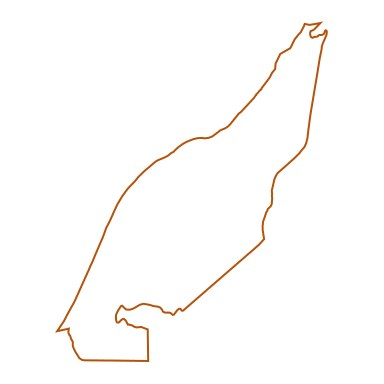 Lukolela, Équateur, Democratic Republic of the Congo (Robinson projection)
{"feature_id": "63176286B14204108243102", "entity_name": "Lukolela", "entity_type": "district", "adm_level": 2, "iso_a3": "COD", "parent_name": "Democratic Republic of the Congo", "parent_adm1": "Équateur", "projection": "robinson", "projection_center": [17.176, -1.278], "detail": "fine", "context": "isolated", "style": "outline", "palette": "amber", "viewbox_px": 384, "rotation_deg": 0, "n_neighbors": 0, "source": "geoboundaries", "source_scale": "gbopen_adm2", "svg_char_len": 3448}
<svg xmlns="http://www.w3.org/2000/svg" viewBox="0 0 384 384"><path d="M320.4,23.0L318.3,23.4L312.1,24.5L309.5,24.9L304.7,23.9L304.0,26.0L300.7,32.3L298.5,34.6L294.7,39.3L291.2,46.5L290.2,48.2L280.3,53.9L275.6,63.6L275.2,68.3L275.1,69.0L274.1,70.4L273.7,70.8L271.8,73.2L271.7,73.5L269.8,77.4L269.1,78.3L261.5,88.4L261.3,89.3L260.1,90.2L257.4,93.3L256.3,94.4L256.1,95.1L255.7,95.4L253.9,98.0L248.1,104.3L240.7,112.2L239.0,113.4L238.8,113.6L236.9,115.9L236.8,116.1L235.1,118.2L229.9,124.6L227.7,126.7L225.2,128.3L222.3,129.5L221.2,129.9L220.4,130.2L218.8,131.6L212.2,136.5L208.5,137.9L204.1,138.4L202.7,137.9L197.3,138.2L194.6,138.9L193.4,139.1L186.4,141.9L182.4,144.2L177.7,147.7L174.6,150.7L174.1,151.2L173.9,151.5L173.4,151.9L172.9,152.2L172.5,152.4L171.9,152.6L171.4,152.9L171.1,153.1L169.8,154.2L168.5,155.3L168.0,155.7L164.3,157.6L157.5,160.4L156.0,161.4L154.8,162.2L154.1,162.8L149.4,166.9L149.2,167.1L147.2,168.7L145.1,170.4L144.8,170.7L138.3,177.0L136.1,179.8L135.2,180.9L134.7,181.5L130.0,186.3L127.8,188.6L125.1,192.3L124.8,192.7L123.4,194.7L122.8,195.5L122.2,196.3L121.6,197.3L117.4,204.3L114.8,209.9L113.3,213.1L112.8,214.4L110.2,220.2L106.9,226.7L106.3,227.7L106.1,228.1L105.1,231.1L103.2,236.3L103.0,236.8L102.6,237.8L100.6,242.4L98.5,247.3L95.7,253.9L91.9,263.0L90.8,265.1L89.2,268.8L88.6,270.4L86.9,273.9L86.8,274.3L80.1,289.1L79.5,290.5L74.7,301.1L74.2,302.1L67.5,314.2L67.1,314.9L65.6,317.9L64.6,319.8L64.2,320.7L57.2,331.2L66.8,329.1L68.8,328.6L68.4,331.3L68.5,333.1L69.3,334.9L69.9,335.3L70.0,335.6L70.4,336.3L70.8,338.4L71.7,339.9L72.8,341.9L72.8,345.9L73.6,348.2L73.9,348.8L75.5,352.0L79.4,358.2L80.4,358.8L81.4,359.5L81.9,359.9L82.5,360.0L83.0,360.1L84.1,360.3L84.6,360.3L104.6,360.5L109.1,360.5L148.2,361.0L147.7,329.4L144.1,328.1L141.4,327.0L141.2,327.0L136.4,327.4L135.2,327.1L134.6,326.9L132.1,325.4L129.5,324.7L129.2,324.6L128.9,324.5L128.4,324.6L128.0,324.7L127.0,323.0L126.1,321.1L125.1,319.9L124.0,319.0L123.0,318.9L121.4,319.9L120.2,321.1L119.3,322.2L118.1,322.6L117.0,322.4L116.3,321.0L116.0,318.9L115.9,316.8L116.2,314.5L116.9,312.8L117.3,312.0L118.5,309.8L119.5,308.4L120.6,306.6L121.3,305.9L122.2,305.7L123.2,306.8L125.8,309.3L127.8,309.7L130.3,309.6L133.2,308.6L135.6,307.3L135.7,307.2L137.6,306.1L139.9,304.8L143.3,303.8L147.3,304.4L150.8,305.2L153.5,306.1L156.1,306.4L158.3,306.8L160.1,307.5L162.0,309.6L163.0,311.7L165.0,312.6L167.3,312.6L169.6,312.6L170.8,313.2L172.7,314.9L174.0,314.6L175.5,312.5L177.6,309.8L179.0,308.8L180.4,308.8L181.8,310.7L183.0,310.7L198.4,297.3L258.8,244.9L264.1,239.1L262.7,230.1L262.6,226.6L263.1,221.5L264.5,217.7L266.3,212.3L267.3,210.6L267.9,208.9L269.5,207.4L270.7,206.3L270.9,205.7L271.7,204.0L271.8,203.9L271.8,203.1L272.2,198.0L272.1,197.4L271.9,196.5L272.0,195.0L272.1,193.7L271.9,192.0L271.8,190.6L274.5,178.9L275.9,175.9L276.9,174.2L277.7,173.0L282.4,168.9L285.9,165.8L294.2,158.4L299.2,153.4L302.0,149.8L304.4,147.1L306.2,143.1L307.4,138.3L308.4,129.8L310.4,114.7L316.9,75.9L317.9,69.7L319.8,57.9L321.7,48.8L321.7,48.3L321.7,47.2L321.9,46.2L322.3,45.1L322.5,44.4L322.6,43.9L326.3,35.4L326.7,33.7L326.8,31.6L326.5,30.7L326.0,30.4L325.6,30.3L324.9,31.1L324.1,33.7L323.6,34.0L322.3,34.9L320.5,35.0L319.3,35.0L318.1,36.0L317.2,36.6L316.8,36.7L315.6,36.8L314.7,36.9L314.0,37.0L313.6,37.2L312.7,37.8L311.2,37.2L311.0,36.9L310.7,36.5L310.2,34.8L310.2,33.8L310.2,32.7L310.6,31.2L313.5,29.9L314.0,29.6L317.3,26.2L320.4,23.0Z" fill="none" stroke="#b45309" stroke-width="2"/></svg>